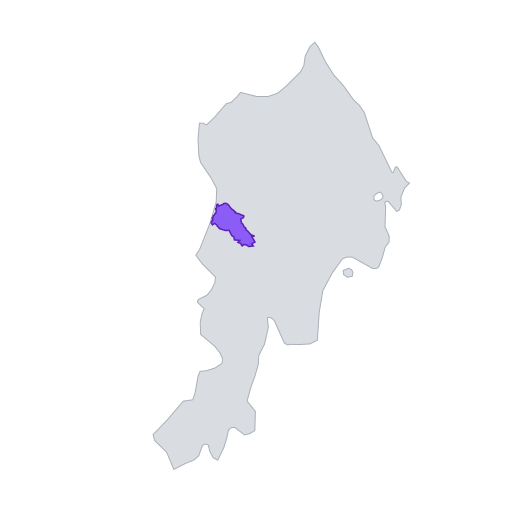 Artashat, Ararat, Armenia (highlighted), rotated 65°
{"feature_id": "60910142B11661683743390", "entity_name": "Artashat", "entity_type": "district", "adm_level": 2, "iso_a3": "ARM", "parent_name": "Armenia", "parent_adm1": "Ararat", "projection": "mercator", "projection_center": [44.574, 40.021], "detail": "fine", "context": "in_parent", "style": "filled", "palette": "violet", "viewbox_px": 512, "rotation_deg": 65, "n_neighbors": 0, "source": "geoboundaries", "source_scale": "gbopen_adm2", "svg_char_len": 3711}
<svg xmlns="http://www.w3.org/2000/svg" viewBox="0 0 512 512"><g transform="rotate(65 256 256)"><path d="M229.8,310.2L226.1,304.2L207.5,284.5L190.3,269.3L178.4,263.1L166.5,263.7L148.0,266.7L141.2,265.5L125.0,258.9L111.6,251.0L113.4,247.7L116.3,245.4L112.8,235.1L105.4,218.6L106.2,213.5L103.8,206.3L101.2,200.9L111.7,188.0L116.6,177.5L117.6,167.4L114.8,156.8L107.9,137.7L103.6,132.1L95.6,126.9L88.9,118.4L87.2,112.3L92.9,111.2L109.3,111.0L125.2,108.9L137.6,105.0L155.7,101.6L163.1,98.6L171.8,97.2L198.2,100.4L208.0,97.9L237.7,97.5L238.4,96.2L234.4,92.2L234.5,90.6L252.1,88.1L254.8,86.1L257.2,92.6L263.8,99.8L271.0,102.7L274.9,106.6L275.1,109.6L262.3,113.2L261.4,115.1L262.3,116.8L266.1,117.7L284.0,126.7L294.3,126.9L299.7,129.6L302.4,135.0L310.9,142.3L317.7,149.3L318.2,151.8L316.9,155.4L297.8,169.1L295.4,173.9L295.1,178.9L303.5,193.9L315.8,210.2L333.7,222.5L358.2,235.9L358.5,244.2L354.6,254.0L351.3,260.7L349.8,265.2L346.8,267.1L322.3,266.7L318.7,268.3L317.0,270.3L316.9,271.9L325.7,274.9L339.4,285.4L347.3,295.5L355.6,300.0L364.8,308.1L372.2,315.6L383.7,325.4L396.5,322.2L413.7,330.8L414.4,336.7L413.3,342.0L402.5,347.7L401.2,350.1L401.2,352.1L402.6,354.9L408.9,359.6L416.4,366.5L424.8,376.9L421.0,380.0L413.2,380.4L407.1,379.1L405.0,381.2L405.1,384.6L413.0,392.5L414.6,398.2L414.2,408.2L414.7,420.7L396.1,419.9L380.3,425.9L374.3,424.7L370.3,414.0L366.9,405.4L356.8,383.2L359.6,374.1L354.0,368.8L340.4,359.3L336.9,355.4L338.9,350.0L340.2,340.2L338.9,332.2L335.2,329.8L328.5,329.6L320.2,331.6L303.7,339.3L292.2,334.4L285.6,329.4L281.8,325.2L273.2,328.7L271.1,327.0L270.7,316.7L268.1,311.2L262.9,304.7L258.1,301.6L240.4,308.0L229.8,310.2ZM257.2,123.7L257.8,119.9L257.0,116.5L254.1,115.4L250.6,116.3L250.3,120.1L251.4,123.7L254.9,125.3L257.2,123.7ZM314.0,182.0L309.9,184.4L306.1,183.3L306.1,177.5L308.8,175.1L312.0,175.2L315.0,177.3L314.0,182.0Z" fill="#d9dde1" stroke="#a8b0b8" stroke-width="1"/><path d="M214.1,250.1L213.0,251.6L211.1,253.0L208.1,256.5L207.4,256.0L206.8,256.7L205.4,256.8L203.1,258.2L202.4,258.4L200.6,258.9L198.5,259.2L197.4,259.7L196.2,260.3L195.2,261.6L194.8,262.7L195.1,263.9L195.2,265.0L195.0,268.5L194.4,268.4L193.3,268.9L192.4,268.6L192.5,268.7L192.6,268.9L192.6,269.0L192.7,269.3L192.8,269.5L193.1,269.8L193.3,270.1L193.5,270.2L193.7,270.3L193.9,270.4L194.1,270.6L194.5,270.8L194.8,270.9L195.7,271.4L195.8,271.5L195.9,272.0L195.9,272.5L196.1,272.7L196.3,272.8L196.6,272.8L196.8,272.8L197.0,272.6L197.5,272.5L198.0,272.9L198.2,273.0L198.5,273.0L198.7,273.3L198.9,273.4L199.3,273.6L199.5,273.8L199.7,274.0L200.0,274.3L200.1,274.6L200.3,274.8L200.4,275.2L200.4,275.5L200.5,275.7L200.6,275.9L200.9,276.1L201.1,276.2L201.3,276.5L201.4,276.8L201.4,277.1L201.4,277.3L201.4,277.6L201.5,277.7L201.7,277.9L201.8,278.1L202.0,278.3L202.3,278.4L202.6,278.4L202.8,278.5L203.0,278.9L203.1,279.3L203.3,279.7L203.3,279.8L203.5,279.8L203.7,279.7L204.0,279.7L204.6,279.6L204.9,279.7L205.1,279.9L205.1,280.0L205.3,280.4L205.3,280.6L205.5,280.9L205.6,281.3L205.9,281.5L206.1,281.7L206.3,281.8L206.7,282.6L209.4,282.3L208.9,279.7L211.4,278.4L212.8,278.5L214.0,277.8L215.6,277.7L217.4,275.8L220.2,272.6L221.3,269.6L227.4,269.3L229.5,268.0L232.3,268.8L235.0,264.1L235.6,265.9L236.0,266.7L238.3,264.4L239.6,264.6L241.0,264.3L240.3,262.8L240.5,262.1L240.9,262.1L241.4,260.4L244.4,258.5L245.8,254.2L243.2,254.7L242.9,251.0L239.1,251.3L237.0,251.7L236.3,251.6L237.5,248.9L235.2,250.9L234.6,251.4L233.4,252.0L230.1,252.9L228.0,254.0L227.4,253.6L226.6,253.5L225.9,254.0L225.5,253.8L224.8,254.4L221.4,254.5L220.0,255.2L219.5,255.0L218.7,254.9L217.8,254.6L216.8,254.5L216.1,254.2L215.9,253.6L216.0,251.6L215.8,251.0L215.2,250.4L214.5,250.1L214.1,250.1Z" fill="#8b5cf6" stroke="#5b21b6" stroke-width="1.5"/></g></svg>